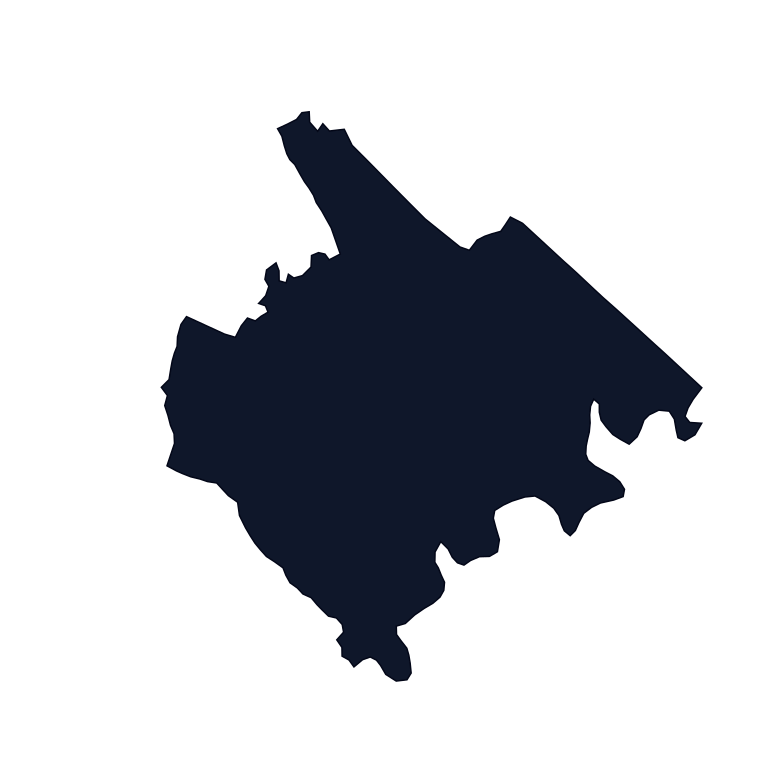 Descanso, Santa Catarina, Brazil (Mercator projection), rotated 45°
{"feature_id": "56859067B97480516483925", "entity_name": "Descanso", "entity_type": "district", "adm_level": 2, "iso_a3": "BRA", "parent_name": "Brazil", "parent_adm1": "Santa Catarina", "projection": "mercator", "projection_center": [-53.473, -26.861], "detail": "fine", "context": "isolated", "style": "filled", "palette": "ink", "viewbox_px": 768, "rotation_deg": 45, "n_neighbors": 0, "source": "geoboundaries", "source_scale": "gbopen_adm2", "svg_char_len": 2762}
<svg xmlns="http://www.w3.org/2000/svg" viewBox="0 0 768 768"><g transform="rotate(45 384 384)"><path d="M128.2,278.7L136.6,281.0L145.0,286.0L152.5,289.9L158.8,291.9L165.7,291.9L176.1,294.9L184.7,297.2L192.2,298.4L200.7,300.4L207.8,303.6L217.5,305.6L226.2,308.1L236.2,310.9L261.2,323.0L257.4,335.0L250.4,333.9L244.8,337.4L241.9,344.4L249.7,352.9L249.7,365.0L245.3,372.8L238.8,374.0L243.2,381.7L236.9,385.2L229.7,378.2L222.0,374.7L220.3,386.4L225.8,394.2L233.5,396.3L237.9,405.2L238.4,415.7L244.8,412.5L251.2,415.2L249.2,423.0L248.4,430.4L240.8,433.9L241.9,443.6L245.9,456.1L235.9,461.5L196.7,476.0L198.3,485.4L204.6,496.6L211.1,503.7L214.0,510.4L217.9,517.4L222.4,523.9L228.9,532.9L228.9,543.8L239.0,545.3L244.2,554.3L253.5,559.0L262.3,564.2L270.7,567.6L277.9,574.2L288.4,595.3L298.7,592.2L304.9,589.8L312.9,586.3L321.1,581.3L328.2,577.8L335.7,572.3L345.0,572.7L352.9,573.0L364.1,571.1L374.8,579.2L387.8,583.6L396.7,585.9L405.4,587.8L413.8,588.6L422.8,589.1L432.2,587.1L442.6,585.4L449.8,588.6L458.2,591.0L467.0,589.5L475.2,589.8L483.6,586.6L492.7,587.4L500.3,587.5L508.9,587.4L515.8,583.1L524.5,583.6L530.9,588.1L531.5,598.3L540.5,600.0L546.8,606.1L554.4,603.9L562.8,605.3L563.8,594.1L567.3,586.8L573.9,584.6L580.5,585.4L590.6,588.1L602.7,585.4L609.4,576.9L607.6,569.2L599.9,562.9L593.3,558.2L587.0,554.7L577.4,553.5L570.0,552.3L563.9,546.5L568.4,538.3L569.0,525.6L571.1,514.2L573.6,504.5L574.3,495.1L572.2,487.6L567.0,481.4L559.6,478.7L552.4,475.6L546.0,474.1L538.9,466.7L535.6,455.3L546.0,455.3L554.8,458.2L562.4,458.5L568.6,455.5L570.0,447.6L573.6,438.6L580.5,431.3L582.8,422.4L575.7,412.5L564.8,406.6L556.2,401.6L551.7,395.1L554.0,385.2L557.3,376.3L563.5,364.3L570.0,356.4L581.6,352.9L591.9,351.8L600.7,353.3L608.7,357.7L615.3,360.3L622.9,359.6L622.9,352.3L619.8,344.1L616.7,334.2L618.0,324.5L621.2,315.1L628.5,303.6L632.7,294.5L628.5,288.4L619.8,286.4L610.7,287.2L602.3,289.9L591.0,293.0L582.3,293.7L576.3,291.0L570.8,284.9L566.9,279.0L563.1,272.8L557.3,265.8L551.3,260.4L545.8,253.7L543.0,246.4L550.4,245.9L556.2,251.7L563.1,256.0L571.2,257.2L581.5,257.9L590.2,256.0L599.9,253.2L600.3,242.3L597.2,233.8L593.3,225.6L593.3,218.3L596.8,208.2L604.9,201.5L614.1,203.5L623.3,210.0L629.8,214.1L636.9,211.4L639.8,200.0L636.4,187.1L627.4,195.0L619.8,194.1L615.9,185.9L613.4,176.2L611.4,161.9L561.1,163.8L547.5,164.5L520.7,165.7L495.7,166.9L477.9,168.0L464.5,168.5L442.2,169.2L431.4,169.7L424.9,170.1L368.3,172.4L355.3,176.6L357.2,185.6L358.6,193.5L354.1,201.5L350.8,208.2L348.1,216.4L349.8,229.1L340.8,233.4L296.4,238.2L273.4,238.2L249.7,238.1L216.4,237.8L199.5,237.8L192.7,237.8L175.8,232.0L166.5,243.7L156.7,243.2L158.4,252.2L146.3,251.4L138.6,244.4L134.1,250.2L135.1,258.8L132.0,268.4L128.2,278.7Z" fill="#0f172a" stroke="#020617" stroke-width="1.5"/></g></svg>